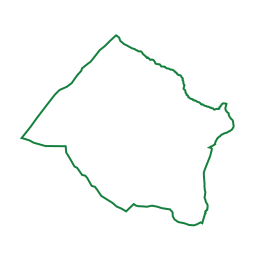 Bradesti, Harghita, Romania (Mercator projection), rotated 275°
{"feature_id": "2599482B45908659223453", "entity_name": "Bradesti", "entity_type": "district", "adm_level": 2, "iso_a3": "ROU", "parent_name": "Romania", "parent_adm1": "Harghita", "projection": "mercator", "projection_center": [25.438, 46.404], "detail": "fine", "context": "isolated", "style": "outline", "palette": "green", "viewbox_px": 256, "rotation_deg": 275, "n_neighbors": 0, "source": "geoboundaries", "source_scale": "gbopen_adm2", "svg_char_len": 4412}
<svg xmlns="http://www.w3.org/2000/svg" viewBox="0 0 256 256"><g transform="rotate(275 128 128)"><path d="M160.7,224.0L160.8,223.7L160.9,223.1L160.9,222.3L160.8,221.3L160.9,220.7L160.4,220.0L159.7,219.3L159.1,219.0L158.5,218.7L157.7,218.2L157.3,218.1L157.0,217.9L156.7,217.3L156.3,217.3L155.3,217.3L155.0,217.1L154.8,216.6L154.9,216.3L155.0,216.1L154.7,215.1L154.8,214.7L154.6,214.0L154.4,213.6L153.9,212.8L153.8,212.6L154.0,212.0L154.6,211.3L154.9,211.0L155.0,210.0L155.2,209.2L155.3,208.7L155.5,208.6L155.5,208.3L155.6,207.6L156.1,206.9L156.2,206.2L156.1,205.4L156.5,204.4L156.7,204.0L156.7,203.1L157.0,202.1L157.6,200.9L157.9,200.5L158.1,199.7L157.8,199.2L158.1,198.6L158.8,198.1L159.1,197.8L159.8,196.6L159.8,195.9L160.1,195.1L160.3,194.3L161.1,193.3L161.1,192.6L161.1,192.2L161.3,191.9L161.2,191.6L161.6,191.0L161.5,190.5L162.2,190.0L162.6,188.0L162.8,187.5L163.0,187.2L163.2,186.7L163.5,186.4L163.8,186.1L163.9,185.6L164.2,185.3L164.8,185.3L165.0,185.2L165.4,184.8L166.2,183.4L166.4,183.4L166.5,183.4L166.8,183.5L167.4,183.1L167.8,182.7L168.3,182.2L168.6,182.1L169.3,182.1L170.4,181.8L171.0,181.1L171.2,180.7L171.8,180.0L172.6,179.9L173.2,180.1L174.6,180.3L175.3,180.3L175.6,180.5L176.1,179.9L177.2,179.4L178.0,179.2L178.7,179.1L179.2,179.1L179.7,178.8L180.2,178.5L180.6,178.1L181.2,178.3L182.0,178.3L182.4,178.1L182.7,177.4L184.6,176.2L185.1,175.2L185.2,174.5L185.1,174.0L185.3,173.6L185.4,173.3L185.8,172.5L186.2,172.2L186.6,172.2L187.3,171.0L187.9,170.6L188.2,170.2L188.1,169.7L188.4,169.5L189.1,168.8L189.6,167.8L189.8,167.0L190.0,166.3L189.9,165.4L190.2,164.5L190.5,163.8L190.8,163.1L190.8,162.6L190.8,162.0L190.8,161.6L191.0,161.1L191.2,160.8L191.3,160.6L191.5,159.9L192.1,159.6L192.3,159.3L192.2,158.2L192.3,157.5L192.2,156.8L192.2,155.8L193.1,155.0L193.9,154.5L194.2,153.8L194.2,151.5L194.5,150.0L194.8,149.6L195.3,149.4L196.4,148.8L197.9,147.5L198.3,145.7L198.2,145.2L198.0,144.9L197.8,144.7L198.2,143.6L199.2,142.7L199.6,142.1L199.4,142.1L199.4,141.3L199.4,140.8L200.3,140.0L200.4,139.8L200.9,139.3L201.4,138.7L202.5,137.2L203.0,136.4L204.0,135.8L204.9,134.9L205.5,134.1L205.3,133.0L205.4,131.7L205.4,131.3L205.9,130.7L206.2,129.9L206.4,129.3L206.6,128.7L207.1,128.0L207.6,126.0L207.7,125.2L208.0,124.5L210.7,118.4L211.2,116.7L211.7,116.2L212.8,114.6L213.9,113.0L214.5,112.6L215.7,111.9L216.6,111.7L217.5,111.0L217.8,110.6L218.1,110.1L218.2,109.8L218.6,109.1L219.2,108.4L219.3,108.1L219.0,107.8L217.6,106.5L213.0,102.3L207.6,97.8L205.3,95.4L203.0,93.0L190.9,85.1L188.8,82.7L183.4,77.0L180.8,76.4L176.2,72.9L172.7,70.8L167.8,68.0L163.7,63.4L159.9,56.5L154.8,52.2L145.5,46.2L129.6,36.1L120.8,30.9L108.7,22.9L108.2,25.8L107.1,30.8L105.1,35.4L103.9,41.8L102.8,47.6L103.4,54.4L104.4,67.5L98.2,68.6L91.7,73.4L85.0,78.0L83.9,80.8L77.2,86.4L76.8,89.6L74.6,91.8L67.1,96.9L66.6,100.1L63.7,102.7L58.1,107.2L54.7,113.8L52.1,119.0L48.8,123.5L47.2,128.3L44.8,133.4L52.7,140.3L51.3,143.0L51.0,145.1L51.2,149.0L51.2,153.6L52.7,158.7L52.2,163.8L51.1,168.7L50.8,173.3L50.6,176.9L47.8,179.8L43.9,180.3L42.5,181.3L41.1,182.2L39.9,184.2L38.7,186.2L38.0,192.5L37.4,194.9L36.7,197.3L36.8,202.3L38.2,205.3L40.3,208.6L40.0,209.4L39.6,210.3L40.1,210.4L41.5,210.6L45.5,211.4L46.8,211.7L47.1,211.9L48.0,211.9L48.6,212.0L48.9,212.1L49.4,212.2L49.7,212.7L49.9,212.8L50.3,212.5L51.1,212.2L51.3,212.4L51.9,212.5L52.2,213.0L52.7,213.1L52.9,213.7L53.5,213.7L53.7,214.1L54.5,214.2L55.2,214.0L56.1,214.2L56.9,214.2L58.6,213.8L59.0,213.6L60.0,212.8L61.2,212.0L63.8,211.1L65.3,210.3L70.0,210.7L71.1,210.6L72.0,210.3L73.1,209.9L73.7,209.7L74.3,209.7L74.9,209.6L75.6,209.4L76.8,209.2L77.5,209.2L78.3,209.2L79.2,209.1L79.8,209.0L80.3,208.9L85.7,208.0L86.1,207.9L86.3,207.9L86.8,207.8L90.5,207.4L95.6,208.8L100.6,210.3L104.6,211.5L107.2,212.3L111.0,212.9L111.9,213.1L112.8,213.2L114.5,213.4L115.5,212.3L115.7,210.8L116.5,211.9L117.2,213.2L117.7,214.0L118.8,215.2L119.2,216.0L119.4,216.3L120.4,216.1L122.4,216.5L123.5,217.1L124.1,217.4L125.2,217.7L125.5,218.3L126.3,218.6L127.6,219.9L127.9,220.6L129.2,221.4L130.6,223.7L131.6,225.5L132.0,227.0L133.1,228.2L133.7,229.5L134.2,230.1L135.5,231.7L137.8,232.8L138.7,233.1L140.4,232.8L141.7,232.5L142.8,232.2L143.6,232.1L145.0,231.4L146.4,229.6L148.1,228.2L148.8,227.8L149.7,227.2L150.4,227.2L151.6,226.9L152.2,225.6L153.1,224.9L153.9,223.9L154.1,223.9L154.7,223.7L156.2,223.2L157.1,223.4L159.1,223.7L159.9,223.9L160.5,224.0L160.7,224.0Z" fill="none" stroke="#15803d" stroke-width="2"/></g></svg>